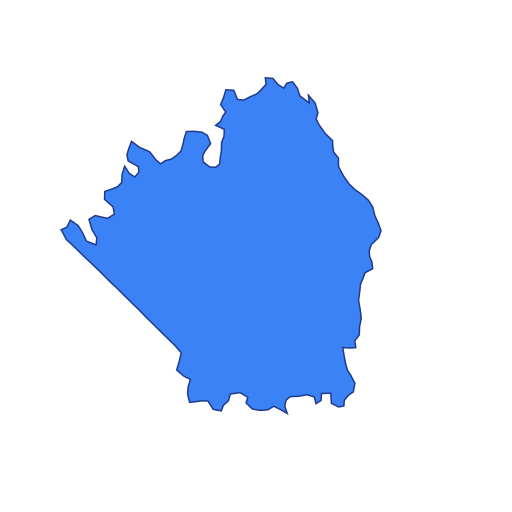 Bozano, Rio Grande do Sul, Brazil (Natural Earth projection), rotated 316°
{"feature_id": "56859067B99818691919040", "entity_name": "Bozano", "entity_type": "district", "adm_level": 2, "iso_a3": "BRA", "parent_name": "Brazil", "parent_adm1": "Rio Grande do Sul", "projection": "natural_earth1", "projection_center": [-53.753, -28.359], "detail": "fine", "context": "isolated", "style": "filled", "palette": "blue", "viewbox_px": 512, "rotation_deg": 316, "n_neighbors": 0, "source": "geoboundaries", "source_scale": "gbopen_adm2", "svg_char_len": 2374}
<svg xmlns="http://www.w3.org/2000/svg" viewBox="0 0 512 512"><g transform="rotate(316 256 256)"><path d="M147.4,101.2L139.9,103.9L134.1,101.7L131.0,112.6L131.5,120.0L131.8,129.8L132.0,136.9L132.3,143.2L132.6,149.5L132.9,158.5L133.1,167.1L133.1,172.9L133.6,181.1L133.8,192.4L134.1,204.9L134.4,213.1L134.4,224.0L134.7,233.8L134.8,239.9L135.0,247.6L135.2,254.2L135.5,263.5L135.0,273.7L127.4,278.6L119.7,282.9L120.7,292.6L123.1,299.2L116.5,302.8L110.8,307.9L106.6,315.1L111.6,319.1L116.5,322.6L120.7,327.0L118.7,336.6L123.4,343.3L128.9,340.7L135.5,341.0L141.7,337.5L149.6,343.2L152.0,351.8L146.8,354.8L147.1,363.6L151.8,370.0L157.7,374.9L164.4,376.4L166.6,382.5L169.1,391.0L172.3,384.1L177.4,380.6L182.9,380.9L189.3,386.6L196.3,391.2L200.0,397.8L196.6,403.9L202.4,405.1L207.6,400.4L214.5,406.7L207.9,414.3L210.6,422.0L215.0,424.9L219.4,421.1L226.8,420.4L231.6,421.4L238.7,416.3L241.1,408.3L242.4,401.9L245.3,396.3L249.8,389.4L254.8,382.1L259.5,387.3L264.2,391.2L268.1,385.6L275.5,384.5L281.6,378.6L288.5,373.9L293.8,366.8L299.0,359.1L306.1,353.5L311.8,348.7L317.5,346.4L322.9,343.8L331.1,346.2L335.1,341.0L337.4,335.2L341.2,330.8L346.9,327.9L356.9,327.9L363.5,324.7L366.7,317.5L369.6,309.4L374.0,301.8L375.6,293.8L374.8,285.1L373.3,276.8L373.0,268.6L374.6,259.0L377.4,249.1L383.3,242.8L384.1,235.1L387.7,230.1L391.2,226.2L390.9,215.9L392.5,205.3L394.6,199.1L400.1,195.9L404.8,187.0L405.4,176.8L400.6,182.9L398.8,171.3L402.3,164.0L403.3,156.0L398.3,153.1L392.5,154.6L390.9,147.7L391.5,140.0L386.5,134.3L382.5,139.5L374.4,140.0L369.3,140.0L361.9,137.2L355.7,135.5L351.4,130.5L355.1,121.4L349.8,115.5L343.1,119.3L335.7,122.6L334.3,131.4L329.0,132.4L324.0,134.6L317.7,134.0L321.2,142.8L316.1,147.7L310.0,150.5L304.5,156.0L299.3,159.9L293.8,164.6L288.7,164.2L284.5,159.7L283.4,151.5L287.4,146.8L292.2,145.2L301.4,143.6L304.8,135.5L303.2,129.5L298.2,123.4L292.4,118.1L285.9,121.6L280.8,125.1L275.0,128.3L269.3,128.5L262.4,127.5L257.1,124.4L251.3,123.4L250.8,117.5L251.9,107.2L247.6,96.6L246.1,87.1L239.2,90.3L233.5,93.5L230.1,98.8L233.5,110.0L229.8,114.5L223.7,114.9L222.2,108.5L223.9,100.2L216.3,104.3L210.5,109.8L204.7,110.0L199.2,107.9L192.1,104.5L186.4,110.0L187.3,121.4L183.2,127.5L175.3,125.7L172.3,121.2L168.4,115.2L161.3,113.6L156.3,123.1L154.1,132.4L148.6,136.9L144.4,127.5L147.4,118.7L149.2,110.6L147.4,101.2Z" fill="#3b82f6" stroke="#1e3a8a" stroke-width="1.5"/></g></svg>